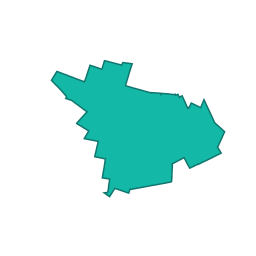 Ianca, Braila, Romania, rotated 125°
{"feature_id": "2599482B90302220331569", "entity_name": "Ianca", "entity_type": "district", "adm_level": 2, "iso_a3": "ROU", "parent_name": "Romania", "parent_adm1": "Braila", "projection": "mercator", "projection_center": [27.484, 45.119], "detail": "fine", "context": "isolated", "style": "filled", "palette": "teal", "viewbox_px": 256, "rotation_deg": 125, "n_neighbors": 0, "source": "geoboundaries", "source_scale": "gbopen_adm2", "svg_char_len": 3443}
<svg xmlns="http://www.w3.org/2000/svg" viewBox="0 0 256 256"><g transform="rotate(125 128 128)"><path d="M146.9,61.6L144.4,63.1L143.2,63.8L143.1,64.0L142.9,63.9L142.5,64.3L142.4,64.4L138.4,67.0L137.2,67.7L134.4,69.4L133.3,70.1L133.0,70.4L132.3,71.4L131.3,70.8L128.7,69.5L124.3,67.3L124.2,67.1L122.5,66.3L120.1,65.1L123.0,59.5L123.7,58.1L125.5,54.4L121.4,52.1L120.0,51.4L119.7,51.2L117.5,50.0L117.7,49.7L115.5,48.5L113.7,47.5L111.5,46.3L109.5,45.1L107.4,44.0L107.3,43.9L105.2,42.7L103.3,41.7L101.2,40.6L99.2,39.5L97.2,38.4L95.1,37.3L92.2,43.9L91.9,43.7L91.7,43.7L85.2,44.9L83.4,45.2L78.9,46.1L75.6,46.7L75.5,47.8L75.2,49.8L75.0,51.7L74.8,53.5L74.5,55.8L74.3,57.6L74.0,59.9L73.8,60.2L73.0,61.7L71.7,63.9L70.7,65.5L69.6,67.5L68.6,69.2L67.7,70.7L66.5,72.9L65.3,74.9L64.3,76.7L62.4,79.9L61.4,81.6L61.2,82.0L62.1,81.8L63.9,81.4L65.8,81.0L67.5,80.6L69.6,80.1L69.9,81.9L70.2,83.8L70.7,86.9L71.0,88.9L71.3,90.5L73.4,90.1L75.0,89.9L76.7,89.7L76.7,89.8L76.6,90.2L77.4,90.6L76.5,92.2L75.6,93.7L73.9,96.5L72.5,98.9L71.6,100.4L70.6,102.1L73.1,103.6L73.3,103.6L72.5,105.3L72.4,105.4L72.2,105.7L71.9,106.2L71.8,106.5L73.4,107.4L73.8,107.7L73.3,108.8L73.7,109.1L74.4,109.7L77.1,114.8L79.9,119.5L80.5,120.5L81.5,120.3L80.8,121.1L81.0,121.5L82.7,124.3L85.7,129.3L86.0,129.2L86.8,131.4L87.3,132.8L88.0,134.7L88.5,136.2L89.1,137.9L89.6,139.5L90.2,141.1L90.8,142.7L91.5,144.6L92.0,146.1L92.6,147.7L93.5,150.6L94.1,152.2L94.6,153.7L94.4,154.5L94.1,154.6L92.6,155.1L91.0,155.6L88.8,156.4L86.9,157.0L79.4,159.5L79.3,159.4L79.0,159.5L78.3,159.8L77.0,160.2L73.0,161.4L73.1,161.6L74.3,163.9L75.1,165.5L75.9,166.9L76.6,168.3L77.3,169.7L80.3,169.4L80.5,170.1L81.0,171.7L81.6,173.4L82.4,175.4L83.2,177.6L83.7,179.0L84.4,180.8L86.2,185.8L86.3,185.9L89.8,184.7L94.8,183.1L95.7,185.9L96.6,189.2L98.2,194.5L98.3,194.8L98.4,195.1L98.6,195.0L99.2,194.8L100.1,194.6L100.6,194.4L102.8,193.8L103.3,193.6L103.5,193.5L106.4,192.7L109.4,191.7L111.8,191.0L112.0,191.0L113.4,190.6L115.2,190.3L116.0,193.5L117.5,199.0L117.6,199.7L118.8,204.4L119.5,206.9L119.5,207.5L120.0,209.3L120.3,210.3L121.3,214.2L121.3,214.3L122.1,217.4L122.3,218.2L122.5,218.7L123.8,218.6L128.9,218.3L130.6,218.2L132.2,218.1L132.9,218.0L133.2,216.3L133.9,212.9L134.6,208.6L134.7,208.4L134.8,207.9L134.8,207.7L134.9,207.4L135.7,203.3L135.9,202.5L136.0,202.5L136.4,200.5L136.7,199.6L136.9,198.7L137.4,196.7L138.3,196.0L139.4,195.9L139.5,195.9L139.0,194.4L138.4,192.1L138.3,191.9L137.9,190.5L137.7,189.8L137.7,188.5L137.8,186.7L137.9,185.3L137.9,185.2L137.9,183.6L137.9,182.3L138.0,180.3L138.0,178.8L138.1,177.3L138.1,175.8L138.2,174.0L138.2,172.4L138.2,170.8L138.3,170.8L141.6,171.3L144.0,171.6L148.9,172.2L151.4,172.5L152.3,172.6L153.7,172.8L153.8,172.7L153.7,171.4L153.6,169.8L153.4,168.0L153.4,167.7L153.2,164.9L153.3,164.9L153.1,162.3L153.1,162.2L152.9,158.9L152.9,158.5L155.8,158.2L157.7,158.1L159.1,158.0L159.5,157.9L161.3,157.8L161.8,157.7L157.1,147.1L156.0,144.7L158.7,143.6L161.8,142.4L165.1,141.0L169.4,139.3L170.6,138.7L168.7,134.4L166.3,128.8L170.9,126.5L174.7,124.6L178.4,122.9L181.4,121.5L183.6,120.4L180.3,113.7L187.2,110.3L187.4,110.0L190.9,108.3L192.5,107.8L194.8,110.3L194.8,103.7L185.0,104.2L181.4,91.7L181.1,90.6L180.9,90.1L176.9,91.3L176.7,90.5L175.6,89.4L174.1,88.0L173.9,87.8L171.3,85.2L169.6,83.5L167.6,81.5L165.9,79.9L163.4,77.4L162.1,76.2L161.7,75.8L160.2,74.2L154.6,68.7L152.3,66.4L150.5,64.7L147.4,61.7L147.1,61.6L146.9,61.6Z" fill="#14b8a6" stroke="#0f766e" stroke-width="1.5"/></g></svg>